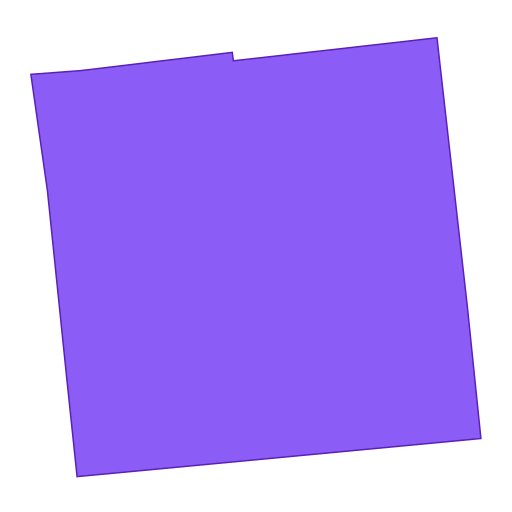 Montmorency, Michigan, United States of America (Mercator projection), rotated 264°
{"feature_id": "52423323B25312059871419", "entity_name": "Montmorency", "entity_type": "district", "adm_level": 2, "iso_a3": "USA", "parent_name": "United States of America", "parent_adm1": "Michigan", "projection": "mercator", "projection_center": [-84.081, 45.028], "detail": "fine", "context": "isolated", "style": "filled", "palette": "violet", "viewbox_px": 512, "rotation_deg": 264, "n_neighbors": 0, "source": "geoboundaries", "source_scale": "gbopen_adm2", "svg_char_len": 296}
<svg xmlns="http://www.w3.org/2000/svg" viewBox="0 0 512 512"><g transform="rotate(264 256 256)"><path d="M155.4,55.0L55.3,55.0L51.0,460.6L183.4,460.9L454.1,458.8L452.5,253.9L461.0,253.7L458.7,101.4L460.2,51.1L342.7,55.4L155.4,55.0Z" fill="#8b5cf6" stroke="#5b21b6" stroke-width="1.5"/></g></svg>